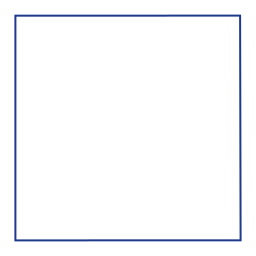 outline of Moore, Texas, United States of America
{"feature_id": "52423323B17136176847480", "entity_name": "Moore", "entity_type": "district", "adm_level": 2, "iso_a3": "USA", "parent_name": "United States of America", "parent_adm1": "Texas", "projection": "natural_earth1", "projection_center": [-101.931, 35.838], "detail": "fine", "context": "isolated", "style": "outline", "palette": "blue", "viewbox_px": 256, "rotation_deg": 0, "n_neighbors": 0, "source": "geoboundaries", "source_scale": "gbopen_adm2", "svg_char_len": 205}
<svg xmlns="http://www.w3.org/2000/svg" viewBox="0 0 256 256"><path d="M15.4,240.4L240.6,240.3L240.6,238.3L240.1,15.6L15.4,15.7L15.4,236.5L15.4,240.4Z" fill="none" stroke="#1e3a8a" stroke-width="2"/></svg>